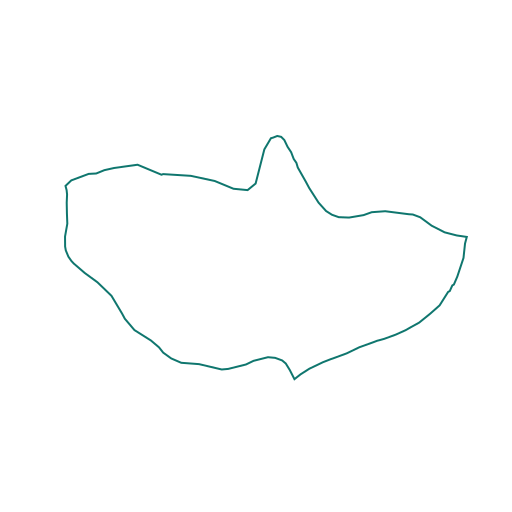 Soloma, Huehuetenango, Guatemala (Equal Earth projection), rotated 194°
{"feature_id": "79465075B1417859081281", "entity_name": "Soloma", "entity_type": "district", "adm_level": 2, "iso_a3": "GTM", "parent_name": "Guatemala", "parent_adm1": "Huehuetenango", "projection": "equal_earth", "projection_center": [-91.436, 15.697], "detail": "fine", "context": "isolated", "style": "outline", "palette": "teal", "viewbox_px": 512, "rotation_deg": 194, "n_neighbors": 0, "source": "geoboundaries", "source_scale": "gbopen_adm2", "svg_char_len": 1362}
<svg xmlns="http://www.w3.org/2000/svg" viewBox="0 0 512 512"><g transform="rotate(194 256 256)"><path d="M457.8,277.9L455.7,274.1L454.2,270.0L452.6,262.1L449.8,251.7L446.9,241.7L446.0,228.7L443.5,219.0L441.9,215.4L437.9,210.0L433.9,206.5L431.0,204.6L418.1,198.1L403.4,192.1L386.6,182.4L372.0,167.7L368.1,163.4L356.0,154.7L337.5,148.6L328.0,143.9L322.7,139.8L313.5,136.1L302.7,134.3L285.1,137.3L261.8,137.6L255.7,139.7L239.5,148.3L233.0,153.7L219.9,160.7L212.8,161.8L205.4,161.0L201.1,158.9L195.6,153.5L188.9,145.8L184.1,152.0L176.9,159.6L170.2,165.1L165.4,169.1L158.2,174.2L156.9,175.0L144.4,183.5L133.6,192.5L120.6,201.2L117.9,203.1L116.2,204.0L111.6,206.6L101.4,213.5L92.9,220.2L88.3,224.6L81.6,230.8L73.0,242.2L65.9,252.5L60.9,267.6L59.5,268.9L58.4,274.9L57.1,276.2L55.7,284.7L54.2,304.3L56.2,318.7L56.1,325.5L66.2,324.5L78.7,324.6L92.9,327.9L106.0,333.3L113.9,334.2L117.8,333.5L141.5,330.7L154.3,326.5L161.5,321.7L175.0,315.8L185.1,313.7L192.3,314.4L198.9,316.6L208.2,322.9L220.8,334.8L225.6,340.1L236.9,352.0L239.3,356.1L242.9,359.3L247.0,365.2L251.8,369.6L256.6,375.4L260.4,377.7L264.4,377.6L268.2,374.9L270.0,373.9L273.7,361.5L273.9,326.2L280.1,317.9L294.1,315.8L314.2,318.8L338.7,318.0L365.9,313.0L367.4,312.0L393.0,315.9L414.9,307.1L423.9,302.6L431.0,297.4L438.2,295.2L453.5,284.7L457.8,277.9Z" fill="none" stroke="#0f766e" stroke-width="2"/></g></svg>